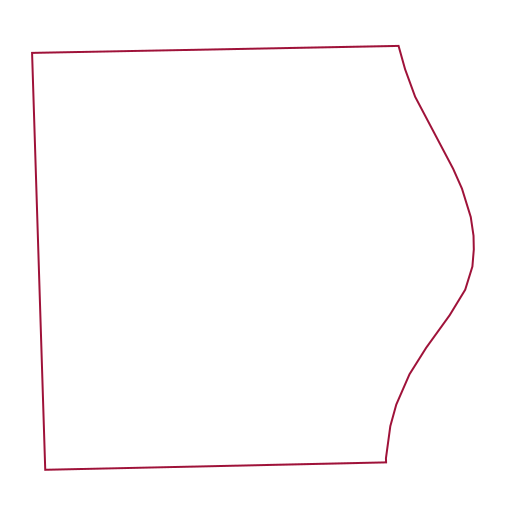 the district of Oceana, Michigan, United States of America, rotated 178°
{"feature_id": "52423323B31679500677", "entity_name": "Oceana", "entity_type": "district", "adm_level": 2, "iso_a3": "USA", "parent_name": "United States of America", "parent_adm1": "Michigan", "projection": "mercator", "projection_center": [-86.423, 43.643], "detail": "fine", "context": "isolated", "style": "outline", "palette": "rose", "viewbox_px": 512, "rotation_deg": 178, "n_neighbors": 0, "source": "geoboundaries", "source_scale": "gbopen_adm2", "svg_char_len": 392}
<svg xmlns="http://www.w3.org/2000/svg" viewBox="0 0 512 512"><g transform="rotate(178 256 256)"><path d="M472.7,466.8L474.1,49.7L133.2,45.2L133.2,49.3L127.7,81.3L121.0,102.6L106.7,132.5L89.1,158.4L64.5,190.1L48.1,215.0L40.1,237.9L38.1,254.9L37.9,268.6L40.0,287.4L47.8,316.1L55.9,336.2L91.4,409.6L100.5,437.5L106.2,461.0L472.7,466.8Z" fill="none" stroke="#9f1239" stroke-width="2"/></g></svg>